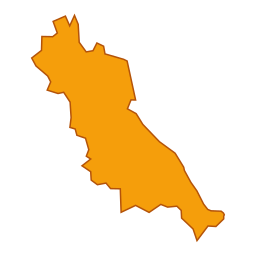 outline of Essex, Virginia, United States of America
{"feature_id": "52423323B13977309866060", "entity_name": "Essex", "entity_type": "district", "adm_level": 2, "iso_a3": "USA", "parent_name": "United States of America", "parent_adm1": "Virginia", "projection": "equal_earth", "projection_center": [-76.942, 37.945], "detail": "fine", "context": "isolated", "style": "filled", "palette": "amber", "viewbox_px": 256, "rotation_deg": 0, "n_neighbors": 0, "source": "geoboundaries", "source_scale": "gbopen_adm2", "svg_char_len": 937}
<svg xmlns="http://www.w3.org/2000/svg" viewBox="0 0 256 256"><path d="M71.1,117.7L69.9,127.4L75.2,129.0L76.9,135.3L85.5,138.2L88.8,149.7L86.3,156.2L90.7,159.0L82.0,165.8L90.7,171.7L91.2,180.1L97.4,184.7L106.0,183.1L110.6,188.6L120.3,188.8L121.1,212.3L135.6,205.4L149.1,212.4L160.8,204.4L167.6,207.1L176.9,206.2L181.2,210.4L181.6,218.1L193.1,229.0L197.0,240.6L208.0,226.0L215.9,226.5L223.7,218.9L223.7,216.1L224.3,214.8L223.5,213.1L221.2,211.2L211.0,210.8L207.7,209.4L203.6,204.1L196.9,190.9L190.9,182.4L184.4,170.5L183.7,167.2L175.1,153.2L159.4,141.7L142.8,124.4L136.2,113.7L127.4,108.8L131.0,99.9L135.6,100.0L127.1,61.0L123.6,59.3L105.0,53.9L103.6,46.2L96.9,43.0L93.0,50.7L86.2,51.9L79.2,42.3L78.2,24.3L74.5,15.4L69.7,25.9L65.4,16.1L53.1,21.4L57.3,33.0L52.7,36.7L41.9,36.5L41.5,50.4L31.7,58.0L36.0,66.0L47.7,76.0L50.7,81.9L47.2,90.1L58.0,93.5L63.7,92.3L70.1,102.1L71.1,117.7Z" fill="#f59e0b" stroke="#b45309" stroke-width="1.5"/></svg>